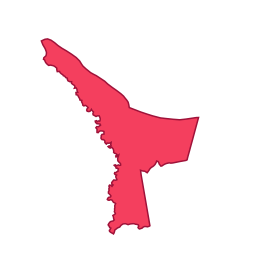 outline of São João do Carú, Maranhão, Brazil, rotated 80°
{"feature_id": "56859067B19402328850660", "entity_name": "São João do Carú", "entity_type": "district", "adm_level": 2, "iso_a3": "BRA", "parent_name": "Brazil", "parent_adm1": "Maranhão", "projection": "mercator", "projection_center": [-46.356, -3.5], "detail": "fine", "context": "isolated", "style": "filled", "palette": "rose", "viewbox_px": 256, "rotation_deg": 80, "n_neighbors": 0, "source": "geoboundaries", "source_scale": "gbopen_adm2", "svg_char_len": 4235}
<svg xmlns="http://www.w3.org/2000/svg" viewBox="0 0 256 256"><g transform="rotate(80 128 128)"><path d="M228.1,123.4L176.5,123.2L171.8,123.0L172.6,121.6L173.1,120.3L173.4,119.1L174.2,118.2L175.4,116.9L174.1,115.5L173.3,114.7L171.9,113.4L170.9,111.9L170.2,110.1L169.5,108.9L168.6,107.7L166.9,106.3L165.5,105.5L166.3,104.2L167.7,103.7L169.0,103.5L170.4,102.7L171.3,102.2L171.2,101.0L170.6,99.8L170.1,98.5L169.8,97.3L169.6,96.2L169.5,94.6L169.5,93.3L170.0,92.1L170.2,90.0L170.0,82.4L170.0,77.7L170.0,76.6L169.6,75.3L168.1,74.7L167.0,74.2L165.3,73.4L160.7,71.2L158.1,70.0L149.9,66.1L147.1,64.8L129.9,56.7L129.6,58.9L129.3,69.4L128.9,75.6L127.3,81.9L126.7,84.0L125.3,88.9L123.7,94.3L120.3,101.7L117.7,106.7L114.5,112.6L108.1,123.2L104.9,123.2L102.6,123.4L100.5,124.3L97.1,126.2L95.9,126.8L93.1,129.0L89.0,132.8L85.1,136.7L81.1,140.4L77.9,142.8L74.0,146.9L70.9,150.2L69.5,152.1L67.0,155.2L62.4,159.2L59.1,161.7L56.9,162.7L53.6,164.0L49.6,166.8L45.5,170.8L41.4,175.2L38.1,179.1L34.6,182.7L31.3,185.4L28.2,188.5L26.3,191.7L26.2,194.4L27.2,198.2L31.2,197.4L35.5,195.8L38.2,195.3L39.7,195.2L41.4,195.7L42.6,196.2L44.2,198.7L45.7,199.3L46.5,198.3L48.3,198.0L49.6,197.5L50.9,196.7L51.9,195.9L52.6,195.2L52.6,193.3L53.1,192.2L53.7,190.7L54.8,189.3L55.7,188.6L56.6,187.8L58.4,188.0L60.2,187.9L60.4,185.6L61.6,185.3L63.0,184.3L64.3,182.9L65.3,182.6L65.9,181.4L67.6,180.5L68.4,179.1L69.7,179.3L71.1,178.9L72.3,177.3L72.6,175.5L74.0,175.9L75.2,175.1L76.1,174.1L77.1,173.2L78.4,173.1L79.5,173.9L79.5,172.1L81.2,171.5L82.5,171.7L84.2,171.3L84.0,173.1L86.2,173.3L86.9,171.8L88.4,171.4L89.8,170.9L90.8,170.5L92.1,170.5L92.8,168.7L94.1,169.2L95.5,168.7L96.7,168.5L97.8,168.5L98.6,167.6L98.3,166.2L98.9,165.2L100.1,164.3L101.0,163.7L102.0,165.0L103.2,165.6L104.4,165.3L105.0,163.9L105.0,162.6L104.1,161.5L103.3,160.8L104.3,160.5L105.4,159.8L106.2,159.2L107.5,160.0L108.9,160.1L109.6,159.3L110.3,158.4L111.1,157.5L110.7,155.9L111.0,154.3L112.5,153.9L113.9,153.7L115.5,154.1L116.4,154.7L115.9,155.6L116.4,157.0L115.3,157.7L115.5,159.1L116.8,159.0L118.4,157.9L118.8,156.3L119.5,154.6L120.6,154.6L120.9,155.7L121.6,156.8L121.2,158.6L122.2,159.6L123.8,158.7L125.7,159.1L127.0,159.3L127.4,158.2L126.2,156.7L126.1,155.2L126.7,153.3L127.2,152.3L128.4,152.5L129.8,152.7L129.8,154.8L131.0,155.8L132.0,155.9L133.2,156.4L134.2,156.1L135.0,155.5L135.1,154.3L136.0,153.4L137.0,153.0L138.1,153.3L139.5,152.7L140.1,151.9L139.2,151.2L139.6,149.9L139.7,148.6L139.2,147.1L140.2,147.4L141.1,147.9L142.4,147.7L143.0,148.5L142.3,149.6L142.8,150.9L143.8,150.2L144.7,149.1L144.2,147.3L145.9,146.3L147.1,146.1L148.5,146.1L149.4,146.4L150.4,145.8L151.1,144.4L152.1,143.5L152.8,144.2L153.5,145.0L154.5,144.8L153.5,143.1L152.9,141.8L154.4,142.5L155.7,143.3L156.9,143.6L158.6,143.7L160.1,142.8L161.1,142.0L162.2,141.5L163.4,141.8L163.3,142.9L162.7,143.9L163.2,145.6L162.0,147.0L162.3,148.1L164.0,146.9L165.6,146.6L165.7,145.5L166.6,144.6L167.5,145.1L168.8,145.3L169.1,146.5L169.8,147.5L169.6,148.8L170.6,149.3L171.6,148.8L172.4,147.4L173.4,148.4L174.5,148.5L175.8,148.1L177.0,147.9L177.3,149.2L176.7,151.0L177.9,152.5L179.0,153.6L180.7,153.6L181.5,152.6L182.7,153.9L181.4,155.0L181.0,156.1L181.9,156.9L183.0,156.6L184.5,157.4L186.3,157.5L187.3,158.3L188.7,158.6L189.7,157.9L190.7,157.2L192.0,156.6L192.9,157.2L192.9,159.0L193.7,160.2L194.8,160.8L195.6,160.1L195.9,159.0L195.6,157.7L196.2,156.3L197.3,155.8L198.7,155.2L199.4,154.1L200.3,153.3L201.1,153.9L202.3,154.6L204.0,154.7L205.3,155.3L206.8,155.4L208.1,156.0L209.1,155.5L210.2,155.3L211.0,156.7L211.5,158.1L212.5,157.9L214.0,157.8L215.0,157.9L216.1,157.5L217.0,159.0L217.0,160.3L217.1,161.4L217.7,162.4L218.6,163.3L219.7,164.3L220.8,164.2L221.6,163.4L222.8,163.4L223.6,162.3L225.0,163.3L225.5,164.1L226.6,164.1L227.6,163.3L228.4,162.4L229.1,161.4L229.8,160.7L229.0,160.0L227.7,159.3L226.2,158.7L225.3,156.9L224.5,155.5L224.4,154.5L224.0,153.2L222.7,151.9L222.1,150.7L221.6,149.4L221.7,148.2L221.8,147.2L222.4,146.0L223.2,144.7L223.0,143.6L222.9,142.3L223.0,140.8L223.1,139.6L223.4,138.4L224.0,137.5L224.5,135.9L225.3,134.6L226.6,134.5L227.5,135.4L228.6,135.1L229.4,134.3L229.3,133.1L229.0,131.4L228.2,130.2L227.9,128.8L228.2,127.3L228.7,126.0L228.5,124.4L228.1,123.4Z" fill="#f43f5e" stroke="#9f1239" stroke-width="1.5"/></g></svg>